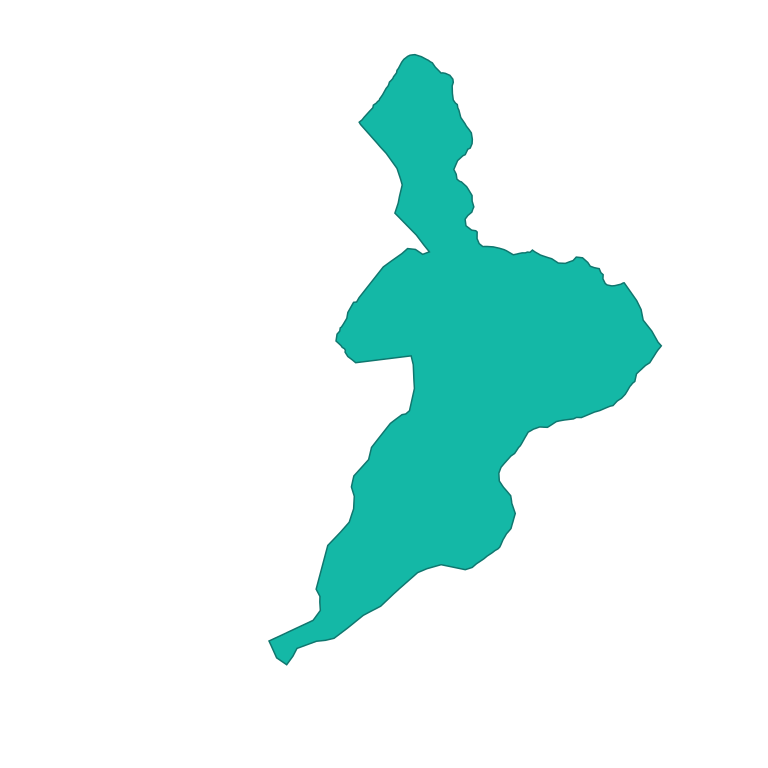 Lafia, Nassarawa, Nigeria, rotated 310°
{"feature_id": "59680162B86357482908219", "entity_name": "Lafia", "entity_type": "district", "adm_level": 2, "iso_a3": "NGA", "parent_name": "Nigeria", "parent_adm1": "Nassarawa", "projection": "albers", "projection_center": [8.783, 8.712], "detail": "fine", "context": "isolated", "style": "filled", "palette": "teal", "viewbox_px": 768, "rotation_deg": 310, "n_neighbors": 0, "source": "geoboundaries", "source_scale": "gbopen_adm2", "svg_char_len": 4347}
<svg xmlns="http://www.w3.org/2000/svg" viewBox="0 0 768 768"><g transform="rotate(310 384 384)"><path d="M157.1,509.2L173.8,513.0L193.4,516.8L201.1,519.9L211.7,524.3L229.5,526.3L235.9,527.2L236.2,527.2L261.1,531.0L270.1,535.6L282.3,543.9L294.0,565.6L300.2,569.5L305.8,570.4L314.4,572.9L318.4,573.6L324.5,575.4L327.8,576.1L331.0,577.3L333.4,577.5L336.2,576.8L341.4,575.2L342.1,575.1L342.4,575.1L344.7,574.7L348.0,574.1L350.3,574.2L354.7,574.2L354.9,574.2L358.8,572.4L361.4,571.3L364.2,570.0L369.2,567.8L371.0,564.8L373.6,560.5L374.8,558.5L376.1,557.2L377.7,555.4L379.9,552.8L380.0,552.3L380.1,551.4L380.9,547.0L381.7,541.9L382.2,540.1L383.8,534.7L386.2,532.4L389.5,529.3L392.8,528.1L395.4,527.2L397.4,527.2L399.3,527.2L400.7,527.2L402.9,527.3L404.2,527.3L406.3,527.4L410.3,527.5L414.8,528.7L419.6,528.2L421.8,527.9L422.8,528.0L424.3,528.1L427.5,527.6L432.2,526.7L434.4,526.3L436.5,526.0L437.9,525.7L439.8,525.4L442.9,526.6L445.5,527.5L447.8,528.9L451.1,530.8L452.0,532.0L452.3,532.4L452.5,532.6L453.5,534.0L455.9,537.1L460.0,538.4L466.0,540.2L468.4,542.0L472.0,545.0L473.0,545.9L474.8,547.6L476.1,548.8L479.1,551.6L482.1,552.9L485.1,556.7L487.9,558.2L496.1,562.4L497.9,563.3L499.0,564.1L502.4,566.4L505.2,567.8L508.4,569.4L512.4,571.5L514.7,573.3L516.9,573.4L519.0,573.5L520.7,573.6L521.9,573.9L525.8,575.1L531.4,575.4L533.2,575.1L535.3,574.8L537.4,574.4L540.3,573.9L542.3,574.0L544.3,573.9L547.2,574.5L548.7,573.7L554.1,570.9L558.5,571.4L561.2,571.8L563.3,572.0L564.5,572.2L566.3,572.4L571.1,573.9L574.3,573.5L576.1,573.2L578.2,573.0L579.5,572.8L583.1,572.3L585.1,572.1L586.5,572.0L589.4,572.0L591.5,571.9L592.2,567.0L596.7,555.1L599.5,541.5L606.3,533.1L610.3,524.0L615.9,503.0L615.2,502.3L612.7,501.3L611.2,500.2L607.7,497.6L605.6,495.5L603.3,491.3L603.2,488.9L605.3,484.1L608.6,481.6L608.7,478.6L609.9,476.2L610.7,474.7L610.0,473.5L608.2,470.1L607.7,468.7L606.8,466.3L608.1,462.0L608.3,455.0L606.5,452.2L604.8,449.7L600.1,449.5L596.6,447.4L593.0,445.4L588.7,439.8L587.8,432.0L586.3,428.5L584.6,424.2L583.3,420.8L583.0,418.8L582.5,416.3L582.2,414.5L582.0,411.6L578.7,411.2L577.2,409.0L575.3,408.0L573.2,405.5L570.7,403.5L569.6,402.7L569.4,402.6L566.1,400.0L564.8,392.2L564.1,389.6L562.2,385.2L559.3,379.6L555.7,374.7L552.8,371.3L552.7,366.7L555.2,361.8L557.2,360.2L558.0,359.5L560.3,357.7L560.4,355.8L558.2,352.2L557.9,345.1L559.9,342.9L562.4,340.2L567.0,339.9L569.2,340.3L572.1,340.8L575.2,339.6L577.4,339.0L580.8,333.9L585.0,330.3L587.3,323.6L588.3,320.4L588.5,315.2L588.6,313.4L587.9,311.7L587.8,308.2L591.1,304.5L592.2,302.0L593.2,299.6L597.8,298.2L602.5,296.8L609.5,297.7L611.9,298.8L615.8,297.8L617.7,297.3L620.1,298.4L624.7,297.0L628.1,294.5L629.2,293.3L632.5,289.5L633.5,285.9L634.5,281.2L635.5,278.7L637.5,271.5L641.9,265.4L643.0,263.0L645.2,260.5L645.1,258.1L646.1,254.5L650.6,249.6L656.2,244.6L659.6,243.2L661.8,240.8L662.8,236.0L661.4,231.3L660.1,229.0L658.9,227.9L659.7,219.5L661.1,214.6L660.6,212.2L660.5,210.0L660.1,208.5L658.8,202.3L656.2,196.0L654.7,194.5L652.6,192.6L651.0,191.9L650.2,191.5L648.2,191.1L645.5,190.5L642.0,190.7L635.0,192.2L632.7,192.3L630.4,193.6L628.1,193.7L625.6,193.8L623.6,194.4L620.8,194.3L618.8,194.1L617.4,194.7L615.3,195.5L613.7,195.6L611.8,195.6L608.2,196.3L604.6,197.0L602.5,197.2L599.7,197.4L598.1,198.0L596.2,197.5L594.4,197.6L590.8,196.6L588.5,197.9L583.6,197.6L575.7,197.3L572.2,197.4L568.6,196.7L567.7,199.3L564.3,222.2L563.2,229.0L562.1,237.5L557.5,255.4L551.6,265.0L548.2,270.0L537.8,275.2L531.7,278.6L521.9,282.5L518.9,313.1L516.2,324.7L514.4,333.8L508.2,330.3L507.3,321.6L502.9,315.0L495.4,313.9L483.0,310.6L473.2,308.2L434.1,309.4L429.2,310.3L427.0,308.2L420.5,309.4L415.6,310.3L410.4,313.3L403.6,314.4L400.2,314.8L398.9,314.4L396.1,316.1L392.0,316.0L386.1,319.6L385.8,326.3L385.2,328.4L385.6,331.1L385.0,332.7L383.4,333.7L381.8,338.6L382.1,344.2L382.1,348.6L423.0,386.7L417.6,394.0L405.8,404.8L400.1,410.2L379.9,420.7L375.0,419.9L372.1,417.5L364.6,415.7L357.9,414.2L338.4,414.8L327.4,415.2L316.2,420.8L302.2,420.3L294.2,420.0L290.1,422.1L284.2,425.2L278.9,433.4L268.8,441.0L265.0,442.5L263.7,443.0L255.8,446.2L242.5,445.9L236.2,445.5L224.2,444.7L183.2,463.9L180.1,471.5L175.7,475.0L169.6,480.8L157.4,481.6L113.2,461.1L111.2,465.4L105.2,477.8L106.4,489.9L116.9,489.2L125.5,487.3L133.9,492.1L143.5,497.6L150.0,503.9L157.1,509.2Z" fill="#14b8a6" stroke="#0f766e" stroke-width="1.5"/></g></svg>